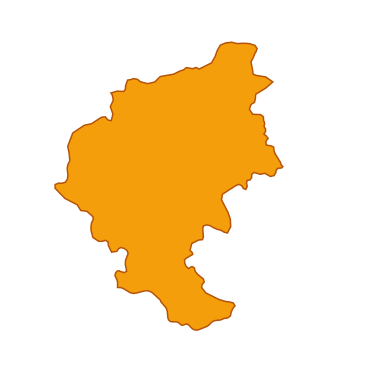 map outline of Kaduna (Albers equal-area conic projection), rotated 244°
{"feature_id": "NGA-2864", "entity_name": "Kaduna", "entity_type": "State", "adm_level": 1, "iso_a3": "NGA", "parent_name": "Nigeria", "parent_adm1": "", "projection": "albers", "projection_center": [7.395, 10.247], "detail": "fine", "context": "isolated", "style": "filled", "palette": "amber", "viewbox_px": 384, "rotation_deg": 244, "n_neighbors": 0, "source": "natural_earth", "source_scale": "10m", "svg_char_len": 3026}
<svg xmlns="http://www.w3.org/2000/svg" viewBox="0 0 384 384"><g transform="rotate(244 192 192)"><path d="M316.5,162.5L315.5,168.9L312.3,174.7L313.6,177.2L316.5,178.8L318.7,180.9L320.8,183.2L319.9,186.1L319.5,189.3L317.1,192.4L313.7,194.0L308.9,199.5L307.2,206.7L309.7,214.1L306.0,226.9L306.0,234.3L305.5,238.1L306.3,241.4L302.4,246.9L302.4,248.5L302.1,250.3L299.4,252.3L299.5,266.1L303.4,271.9L308.0,276.6L311.6,281.8L311.2,287.8L309.2,293.3L305.7,297.5L303.2,303.3L300.2,308.7L296.1,312.9L292.4,313.4L290.0,311.0L288.7,308.9L286.8,307.0L283.0,302.0L274.3,299.7L271.2,298.5L268.6,300.9L263.1,308.7L255.5,312.9L253.0,303.5L251.9,292.1L248.2,289.9L245.1,287.4L245.1,284.9L244.2,282.7L241.1,279.8L235.2,280.7L231.5,287.6L228.2,289.1L224.9,287.7L223.4,287.6L221.8,287.4L219.4,285.5L216.3,285.7L214.0,284.5L212.6,282.0L209.9,283.3L206.9,283.9L205.1,280.6L201.7,279.3L198.6,283.5L196.5,285.1L194.1,284.1L191.5,283.6L188.8,283.6L179.7,284.5L177.4,284.0L175.0,284.8L174.3,283.2L175.4,280.2L175.6,278.9L174.0,276.7L172.7,275.9L170.8,273.0L171.6,269.3L176.9,265.6L177.4,263.7L177.7,261.7L178.7,260.2L180.1,258.9L182.3,256.4L181.7,253.4L178.8,251.9L177.4,249.5L178.2,246.7L176.2,245.0L172.7,244.0L170.7,241.4L172.8,239.7L175.8,239.5L178.3,237.5L178.5,233.9L176.7,218.4L172.0,215.1L157.8,215.4L150.7,214.5L143.9,211.6L139.6,205.9L141.9,203.2L145.0,201.2L147.6,198.1L150.7,195.6L153.9,193.5L156.2,190.4L156.4,187.1L153.5,185.2L146.7,182.6L144.6,180.5L145.9,177.0L145.8,169.2L140.5,164.7L137.2,165.7L135.6,165.3L135.0,157.4L134.2,155.5L131.2,154.3L127.8,154.1L124.7,155.4L125.1,159.2L123.0,160.8L119.3,160.1L115.7,160.9L108.7,164.1L105.7,163.5L104.4,160.5L101.9,158.8L95.2,160.2L83.7,169.0L78.7,174.4L76.7,177.6L74.2,180.4L70.9,180.8L69.3,177.5L66.9,174.6L63.8,172.2L63.2,169.0L63.6,167.1L64.2,165.9L64.3,164.6L64.4,162.0L64.7,160.8L66.0,157.5L66.5,155.3L66.5,154.1L66.4,153.0L64.8,148.1L64.7,145.6L65.3,137.5L66.1,135.0L68.0,132.9L69.9,132.0L74.3,130.6L75.7,129.3L76.1,128.0L76.1,126.7L76.3,125.5L77.0,124.2L78.0,123.6L80.3,122.7L81.3,122.1L82.4,120.6L84.2,117.0L85.4,115.6L87.3,114.9L89.3,115.1L95.5,117.4L97.7,117.8L99.8,117.8L106.1,116.1L107.1,115.9L108.7,116.1L109.5,115.9L110.4,115.5L118.4,112.4L120.1,111.4L121.6,110.1L122.8,108.5L123.8,106.4L125.6,97.6L126.6,94.7L128.6,92.3L135.3,88.0L137.3,86.1L138.8,83.2L143.2,85.4L145.5,86.0L150.5,86.1L152.6,87.6L153.7,89.9L153.4,91.7L151.9,92.9L149.3,95.7L149.4,98.5L156.4,100.4L159.7,102.3L164.7,107.6L167.8,108.0L171.0,106.3L173.3,103.7L173.2,101.0L171.6,98.5L173.2,93.3L180.5,93.4L183.9,94.6L186.5,93.1L187.0,89.7L188.6,86.5L194.6,83.0L201.5,84.4L205.2,86.0L208.5,88.4L210.4,91.0L213.1,92.2L220.8,89.0L224.1,83.9L230.7,83.3L241.9,75.0L255.3,70.6L258.7,72.2L258.5,75.9L256.8,79.1L256.3,82.6L258.3,85.7L261.4,87.8L268.1,90.2L271.2,92.6L273.6,95.8L280.2,98.4L287.5,100.3L297.3,110.7L299.2,124.3L297.4,131.7L298.9,143.3L297.6,147.0L293.5,148.0L291.5,150.7L296.8,155.1L304.5,156.0L308.7,161.1L310.5,162.0L314.5,162.9L316.5,162.5Z" fill="#f59e0b" stroke="#b45309" stroke-width="1.5"/></g></svg>